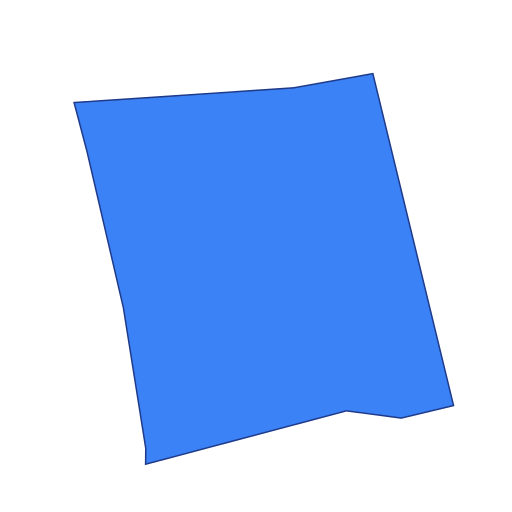 41, Ad Dawhah, Qatar (Equal Earth projection), rotated 256°
{"feature_id": "91078587B71009022079997", "entity_name": "41", "entity_type": "district", "adm_level": 2, "iso_a3": "QAT", "parent_name": "Qatar", "parent_adm1": "Ad Dawhah", "projection": "equal_earth", "projection_center": [51.529, 25.26], "detail": "fine", "context": "isolated", "style": "filled", "palette": "blue", "viewbox_px": 512, "rotation_deg": 256, "n_neighbors": 0, "source": "geoboundaries", "source_scale": "gbopen_adm2", "svg_char_len": 341}
<svg xmlns="http://www.w3.org/2000/svg" viewBox="0 0 512 512"><g transform="rotate(256 256 256)"><path d="M404.7,413.5L404.7,412.8L404.8,412.1L410.1,333.1L448.9,116.6L398.0,117.3L237.9,114.8L96.0,102.5L83.3,99.2L83.0,99.1L80.7,98.5L83.9,306.2L63.6,357.7L63.1,411.5L404.7,413.5Z" fill="#3b82f6" stroke="#1e3a8a" stroke-width="1.5"/></g></svg>